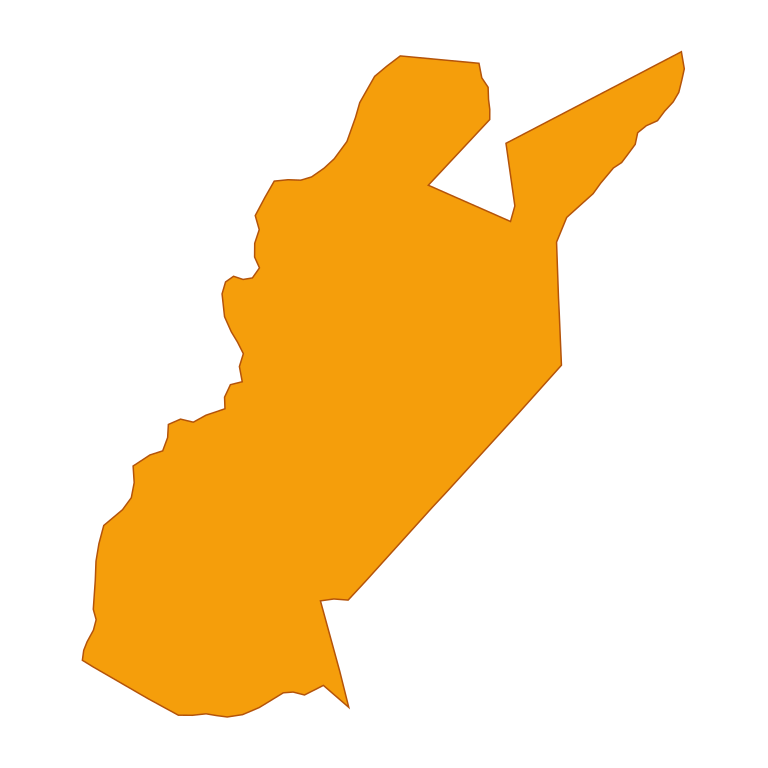 outline of Lago dos Rodrigues, Maranhão, Brazil, rotated 178°
{"feature_id": "56859067B92242830250607", "entity_name": "Lago dos Rodrigues", "entity_type": "district", "adm_level": 2, "iso_a3": "BRA", "parent_name": "Brazil", "parent_adm1": "Maranhão", "projection": "albers", "projection_center": [-44.931, -4.589], "detail": "fine", "context": "isolated", "style": "filled", "palette": "amber", "viewbox_px": 768, "rotation_deg": 178, "n_neighbors": 0, "source": "geoboundaries", "source_scale": "gbopen_adm2", "svg_char_len": 1494}
<svg xmlns="http://www.w3.org/2000/svg" viewBox="0 0 768 768"><g transform="rotate(178 384 384)"><path d="M695.1,118.4L684.7,111.5L630.2,77.4L601.1,60.2L587.1,59.6L573.3,60.6L563.1,58.5L552.3,56.7L536.9,58.5L520.0,65.0L495.4,78.9L485.6,79.3L474.3,76.0L455.1,84.9L430.5,62.1L438.2,98.2L451.6,154.7L455.1,169.5L441.6,170.9L427.4,169.3L409.5,187.3L340.1,259.0L325.3,273.8L251.7,349.0L206.0,396.6L206.4,449.1L206.6,463.9L206.6,519.8L195.6,544.1L179.3,557.8L168.4,566.9L160.5,577.1L153.2,585.2L147.2,591.9L138.8,597.0L132.4,604.9L124.6,614.7L121.7,626.3L112.8,633.0L101.5,637.6L94.0,646.9L85.2,655.8L79.2,665.2L75.8,677.2L72.9,688.5L75.2,705.7L89.6,698.8L105.9,691.0L124.6,682.0L253.7,620.3L247.0,557.4L251.9,542.0L332.8,581.1L269.1,644.6L268.7,654.8L269.6,664.8L269.6,676.9L275.6,686.6L277.9,701.2L356.3,711.3L370.3,701.4L382.6,691.8L398.4,666.1L403.2,651.3L412.6,627.6L425.9,610.8L436.2,601.9L449.1,593.5L460.1,590.6L472.7,591.5L486.6,590.6L496.4,574.8L506.8,556.8L503.3,542.6L508.3,529.1L508.9,515.4L504.4,504.4L511.8,494.6L521.2,493.4L530.6,496.9L538.8,491.5L542.7,479.7L541.0,456.8L534.8,441.5L529.0,431.1L523.5,419.2L527.9,406.5L525.6,391.2L537.5,388.7L543.8,376.4L543.8,364.8L563.1,359.0L575.9,352.5L588.6,356.0L600.9,351.1L602.1,338.0L607.5,324.9L620.3,321.3L637.6,310.8L637.1,294.1L640.5,279.2L649.7,267.5L669.0,252.4L674.5,234.3L678.0,217.0L679.4,197.7L682.4,169.0L679.9,158.5L683.0,148.1L689.7,136.8L693.4,128.3L695.1,118.4Z" fill="#f59e0b" stroke="#b45309" stroke-width="1.5"/></g></svg>